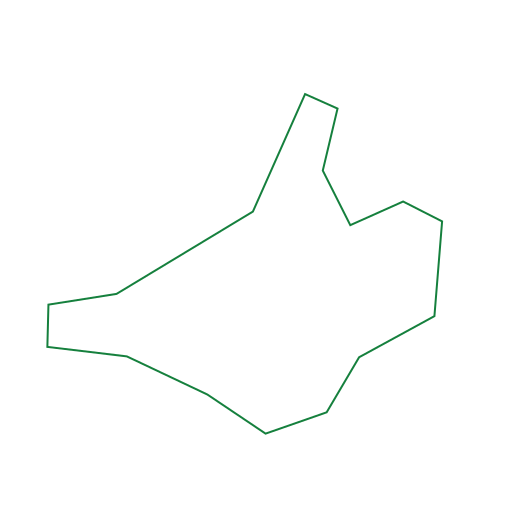 outline of Port Louis city, rotated 15°
{"feature_id": "MUS-5190", "entity_name": "Port Louis city", "entity_type": "City", "adm_level": 1, "iso_a3": "MUS", "parent_name": "Mauritius", "parent_adm1": "", "projection": "albers", "projection_center": [57.494, -20.147], "detail": "fine", "context": "isolated", "style": "outline", "palette": "green", "viewbox_px": 512, "rotation_deg": 15, "n_neighbors": 0, "source": "natural_earth", "source_scale": "10m", "svg_char_len": 364}
<svg xmlns="http://www.w3.org/2000/svg" viewBox="0 0 512 512"><g transform="rotate(15 256 256)"><path d="M68.1,356.7L131.1,328.7L241.5,213.9L261.5,86.9L296.6,92.5L298.4,156.2L339.1,201.8L384.0,165.3L426.8,174.4L443.9,267.9L381.8,327.1L364.7,388.7L311.2,425.1L244.9,402.4L157.2,386.4L78.0,397.8L68.1,356.7Z" fill="none" stroke="#15803d" stroke-width="2"/></g></svg>